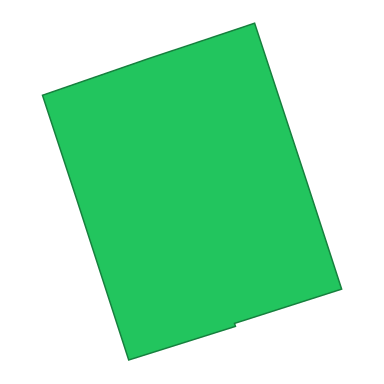 Ellsworth, Kansas, United States of America (Albers equal-area conic projection), rotated 252°
{"feature_id": "52423323B44476326195036", "entity_name": "Ellsworth", "entity_type": "district", "adm_level": 2, "iso_a3": "USA", "parent_name": "United States of America", "parent_adm1": "Kansas", "projection": "albers", "projection_center": [-98.23, 38.696], "detail": "fine", "context": "isolated", "style": "filled", "palette": "green", "viewbox_px": 384, "rotation_deg": 252, "n_neighbors": 0, "source": "geoboundaries", "source_scale": "gbopen_adm2", "svg_char_len": 294}
<svg xmlns="http://www.w3.org/2000/svg" viewBox="0 0 384 384"><g transform="rotate(252 192 192)"><path d="M51.8,79.9L50.8,191.8L53.9,191.8L53.4,304.3L165.8,304.3L333.2,303.7L332.7,247.6L332.3,191.6L330.2,79.7L219.1,80.1L51.8,79.9Z" fill="#22c55e" stroke="#15803d" stroke-width="1.5"/></g></svg>